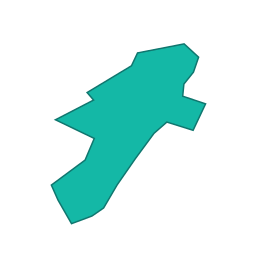 Namangan city, Namangan, Uzbekistan (Robinson projection), rotated 154°
{"feature_id": "79887680B13123627114568", "entity_name": "Namangan city", "entity_type": "district", "adm_level": 2, "iso_a3": "UZB", "parent_name": "Uzbekistan", "parent_adm1": "Namangan", "projection": "robinson", "projection_center": [71.661, 41.009], "detail": "fine", "context": "isolated", "style": "filled", "palette": "teal", "viewbox_px": 256, "rotation_deg": 154, "n_neighbors": 0, "source": "geoboundaries", "source_scale": "gbopen_adm2", "svg_char_len": 442}
<svg xmlns="http://www.w3.org/2000/svg" viewBox="0 0 256 256"><g transform="rotate(154 128 128)"><path d="M221.9,110.3L222.5,93.9L220.7,66.8L198.9,64.7L185.0,66.8L162.6,81.7L134.7,97.3L107.0,111.8L90.5,116.3L70.5,97.4L47.7,115.7L64.9,132.6L58.5,143.0L44.7,149.5L33.5,160.7L40.7,179.0L86.5,191.3L97.6,182.4L149.2,177.8L146.7,168.2L189.6,167.2L162.9,133.4L180.6,118.0L221.9,110.3Z" fill="#14b8a6" stroke="#0f766e" stroke-width="1.5"/></g></svg>